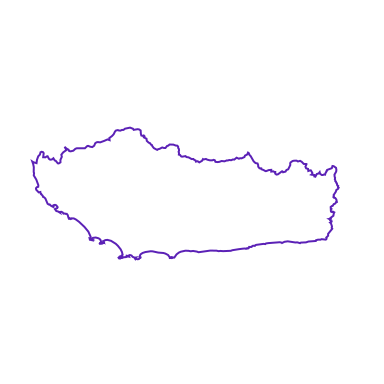 the district of Taolagnaro, Anosy, Madagascar, rotated 66°
{"feature_id": "10022922B85658862424992", "entity_name": "Taolagnaro", "entity_type": "district", "adm_level": 2, "iso_a3": "MDG", "parent_name": "Madagascar", "parent_adm1": "Anosy", "projection": "orthographic", "projection_center": [46.969, -24.588], "detail": "fine", "context": "isolated", "style": "outline", "palette": "violet", "viewbox_px": 384, "rotation_deg": 66, "n_neighbors": 0, "source": "geoboundaries", "source_scale": "gbopen_adm2", "svg_char_len": 6036}
<svg xmlns="http://www.w3.org/2000/svg" viewBox="0 0 384 384"><g transform="rotate(66 192 192)"><path d="M228.5,50.6L226.0,52.1L225.4,53.1L227.1,54.6L226.8,59.6L227.6,60.2L227.7,60.9L228.4,61.3L228.9,62.2L230.3,63.4L229.7,64.2L229.7,65.6L229.3,66.5L227.4,67.6L225.8,67.3L226.6,68.8L226.3,70.6L228.2,73.1L227.7,73.7L227.3,73.2L226.3,73.2L226.0,74.2L225.1,74.5L225.1,75.4L224.7,75.9L224.5,75.0L223.5,74.3L220.6,74.6L220.3,75.1L220.1,77.2L218.1,76.6L216.8,78.1L215.0,78.1L213.3,76.2L213.0,76.1L211.8,78.5L209.0,79.5L207.5,80.6L207.2,82.8L205.9,83.7L204.9,86.1L204.6,87.5L205.1,90.0L205.7,90.6L207.4,91.3L210.4,94.9L210.3,96.7L211.4,98.3L211.0,100.8L209.9,101.0L209.7,101.4L210.8,106.4L210.4,107.8L209.0,108.5L207.6,107.8L207.2,108.6L206.2,109.3L205.6,111.3L204.0,110.6L203.2,113.0L203.1,115.6L202.8,116.4L200.9,117.8L199.5,119.3L198.6,119.1L197.8,120.7L195.8,121.2L194.2,120.6L192.6,120.5L191.4,122.2L189.1,123.2L183.1,123.8L181.6,124.4L179.6,124.3L178.8,124.8L180.2,126.3L180.3,128.8L181.4,129.9L181.4,133.0L180.7,134.4L180.7,135.6L178.8,137.3L179.6,140.2L178.9,141.4L178.9,143.3L177.9,145.0L177.8,146.5L177.3,147.3L177.2,149.8L175.7,152.4L175.6,154.6L175.1,156.4L174.0,158.3L172.2,158.3L171.4,159.2L171.3,160.7L170.4,162.7L168.6,165.0L167.5,165.8L167.0,168.2L166.4,168.6L167.6,170.2L167.9,173.3L166.2,174.3L165.8,176.1L164.7,175.9L163.2,177.1L162.4,177.3L161.8,178.9L159.0,181.0L157.8,182.9L156.6,183.3L155.7,186.7L155.1,187.4L153.2,187.9L152.5,188.8L151.1,188.0L149.8,187.9L149.1,187.1L147.4,186.5L146.1,186.7L144.8,186.2L143.6,186.7L143.0,187.9L141.1,189.8L139.5,193.2L140.0,194.8L139.8,196.0L141.0,198.4L140.4,199.7L139.2,201.1L139.4,204.1L139.1,205.6L139.4,206.5L139.1,206.9L136.4,209.0L134.0,209.6L132.8,209.5L131.9,210.3L130.5,210.4L129.3,211.5L126.9,212.5L124.8,211.9L122.6,213.7L121.8,212.7L120.7,213.1L120.7,214.2L119.8,215.3L117.9,215.0L114.9,213.9L113.3,214.9L112.5,216.1L111.5,220.0L110.2,220.2L108.0,222.4L106.9,227.5L107.4,229.3L106.8,230.8L106.8,232.5L106.0,233.9L105.3,234.5L104.9,236.4L105.4,237.7L107.4,240.1L108.3,242.2L109.1,245.6L111.1,246.2L109.6,247.8L109.6,251.4L109.3,255.7L108.1,257.7L107.8,259.0L108.1,260.6L109.9,262.5L110.4,264.8L109.2,266.6L107.7,268.0L107.4,268.9L108.5,272.1L105.2,279.4L105.1,281.0L106.0,283.6L105.5,286.3L104.7,287.5L103.1,287.6L101.3,289.0L98.9,290.0L102.6,289.7L103.4,293.6L104.8,296.2L106.9,296.6L109.1,299.1L111.4,300.1L111.7,301.7L111.5,302.7L111.0,303.0L108.1,303.8L107.3,304.6L104.8,304.9L105.3,306.8L104.8,308.4L103.5,309.2L100.6,309.4L100.4,310.1L100.7,311.8L99.7,313.8L96.2,311.7L95.0,311.9L94.1,313.0L94.1,314.2L96.0,315.8L96.8,317.9L99.5,320.5L102.4,322.3L100.3,324.8L99.2,325.5L101.7,325.7L104.9,326.4L109.4,328.5L110.5,328.6L112.5,329.8L117.3,329.2L123.3,329.6L124.7,330.4L124.5,331.8L125.1,333.0L126.5,333.4L130.0,332.2L130.3,330.6L131.0,330.9L132.2,330.5L132.5,330.8L134.6,329.9L135.8,330.1L136.6,329.3L138.3,328.6L144.0,328.7L145.1,328.0L145.8,327.2L145.7,327.0L147.1,326.5L149.3,324.8L149.2,324.4L148.0,324.5L147.7,324.0L148.0,322.4L149.0,321.4L151.2,320.9L151.9,321.7L151.8,323.7L152.4,323.8L152.3,324.1L154.2,323.7L155.2,322.4L157.1,321.1L156.7,321.1L156.5,320.7L157.0,319.3L158.2,318.4L159.5,318.2L159.9,316.9L160.7,316.2L161.0,315.3L162.6,314.9L165.1,315.3L165.8,314.7L166.1,315.3L166.5,315.3L167.1,313.8L167.4,313.7L167.4,312.6L167.2,312.5L168.1,310.7L169.8,309.3L173.3,307.3L180.3,304.4L186.1,302.8L191.6,302.8L192.7,303.2L193.1,303.7L192.6,304.4L194.1,304.7L195.7,302.5L195.3,302.5L195.4,301.9L194.4,302.5L193.6,301.2L194.4,298.5L196.2,296.3L197.3,295.5L198.6,295.1L200.8,295.3L200.9,295.7L201.6,296.1L201.2,296.9L201.6,297.3L201.9,297.2L202.5,295.5L202.1,295.0L202.6,294.5L202.4,293.9L202.8,293.1L202.4,292.9L201.8,293.5L201.5,293.4L201.8,293.2L201.4,293.2L200.8,292.5L200.7,290.8L201.3,288.8L203.7,285.8L208.3,282.7L211.0,281.6L215.3,280.5L218.4,280.4L220.4,280.8L221.1,280.9L221.4,282.0L222.0,281.9L221.5,284.3L222.0,285.4L222.3,285.0L222.5,285.7L222.9,285.7L223.2,285.3L222.8,285.2L223.0,284.3L222.6,283.7L223.4,283.9L223.9,282.3L223.7,281.9L223.3,282.2L223.0,282.0L223.9,281.1L224.2,279.8L223.5,279.5L224.2,279.5L224.6,279.0L224.7,277.7L224.1,277.6L225.2,276.2L224.7,276.3L225.1,275.8L224.8,275.3L224.3,275.4L224.3,274.4L225.4,273.1L227.1,272.6L228.7,271.0L229.0,270.0L229.3,271.0L229.8,270.8L229.9,271.1L230.4,271.0L230.2,270.5L231.4,268.9L231.6,267.7L231.1,267.2L231.2,266.0L230.8,265.6L230.3,266.1L229.6,266.0L228.5,265.0L228.0,264.2L227.6,261.9L227.9,259.0L229.3,253.9L230.2,252.1L233.6,247.5L236.1,242.9L237.4,241.4L239.8,239.5L242.7,238.9L243.3,239.1L243.5,238.6L242.8,238.3L243.2,237.0L243.9,236.9L243.9,237.5L244.2,237.3L244.3,236.4L244.0,236.1L244.7,234.8L242.7,231.5L242.0,228.6L242.0,226.5L242.9,222.1L244.2,219.3L245.6,217.3L246.3,215.0L248.4,211.8L249.7,210.5L252.9,199.3L255.5,193.6L256.9,191.7L257.4,190.0L258.7,187.6L261.5,180.5L261.6,178.8L263.3,172.4L264.6,168.1L265.3,166.3L265.9,165.8L265.7,164.5L266.2,164.3L266.4,163.5L265.9,162.1L265.5,162.0L266.4,159.9L266.0,159.3L265.9,158.1L266.8,156.5L266.4,155.9L266.4,154.9L268.5,147.7L269.4,146.2L269.1,145.3L269.8,142.9L273.6,132.2L274.8,130.6L275.2,130.5L275.1,127.8L276.0,124.6L280.1,118.2L280.9,116.2L282.7,114.1L282.5,113.1L284.4,108.3L284.6,105.8L287.1,98.8L286.5,98.3L286.8,96.2L287.8,94.1L287.8,92.8L289.9,89.2L289.8,88.5L288.7,87.7L288.2,87.8L287.3,85.4L285.6,84.7L282.6,78.8L281.6,79.0L280.3,78.1L277.1,77.8L276.2,78.2L276.2,77.5L275.7,77.3L275.8,76.5L275.5,76.3L274.9,76.8L274.0,76.9L273.7,77.3L273.2,77.1L272.4,77.7L272.8,76.0L272.0,76.0L271.2,72.5L269.2,71.2L268.5,70.3L267.2,71.3L267.4,71.8L267.0,72.6L266.4,73.0L264.6,72.4L264.2,71.5L263.4,71.9L262.1,71.4L261.7,69.9L261.9,69.2L260.7,67.4L260.9,66.5L260.4,65.1L259.8,64.6L260.0,63.7L257.5,63.2L255.7,63.6L254.9,64.7L254.1,64.9L253.5,64.0L252.4,63.9L250.4,60.7L248.8,59.2L248.6,57.5L247.7,56.3L247.0,56.7L246.5,56.6L245.9,56.0L244.7,56.6L243.0,56.1L242.3,56.5L241.2,56.3L240.5,56.7L239.6,56.3L238.6,56.4L237.2,55.5L236.1,55.5L234.1,54.8L232.0,52.0L230.5,51.1L228.5,50.6Z" fill="none" stroke="#5b21b6" stroke-width="2"/></g></svg>